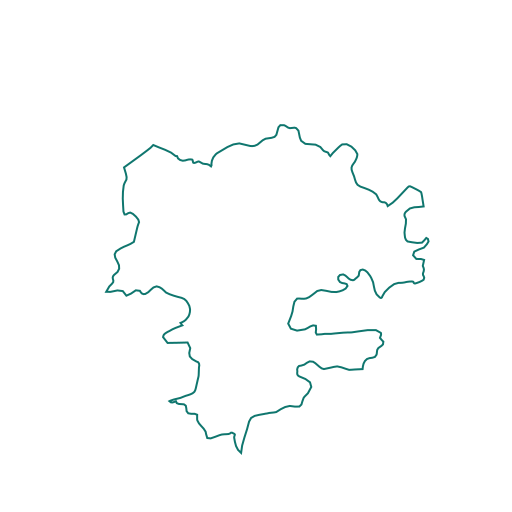 the State of Hidalgo, rotated 46°
{"feature_id": "MEX-2730", "entity_name": "Hidalgo", "entity_type": "State", "adm_level": 1, "iso_a3": "MEX", "parent_name": "Mexico", "parent_adm1": "", "projection": "mercator", "projection_center": [-98.728, 20.492], "detail": "fine", "context": "isolated", "style": "outline", "palette": "teal", "viewbox_px": 512, "rotation_deg": 46, "n_neighbors": 0, "source": "natural_earth", "source_scale": "10m", "svg_char_len": 6155}
<svg xmlns="http://www.w3.org/2000/svg" viewBox="0 0 512 512"><g transform="rotate(46 256 256)"><path d="M235.8,133.2L235.3,129.2L235.2,121.2L235.3,118.8L235.6,116.5L238.6,113.1L243.6,111.4L248.9,111.2L253.1,112.3L254.1,113.4L254.9,114.6L255.6,115.9L256.1,117.2L256.9,119.4L257.3,121.7L257.8,124.0L258.8,125.9L260.4,127.3L262.6,128.4L264.8,129.3L266.8,130.1L269.8,131.7L272.6,133.0L275.4,133.5L278.6,132.7L282.6,130.7L286.7,128.8L290.8,127.4L295.2,126.7L297.7,127.4L300.3,128.3L301.6,128.6L302.9,128.6L304.2,128.2L305.4,127.5L306.7,126.2L308.2,125.7L309.8,125.8L311.6,126.6L312.6,120.6L312.7,114.3L312.4,107.9L312.0,99.3L312.1,97.8L312.8,96.8L314.7,96.0L319.6,94.3L322.1,93.5L324.6,92.9L325.6,93.3L328.4,95.1L331.2,97.1L336.8,101.0L333.8,104.9L330.9,108.3L328.7,112.3L328.3,117.4L328.5,118.7L328.9,119.8L329.6,120.7L330.5,121.4L333.8,122.6L336.8,125.7L339.6,129.6L342.3,132.9L344.3,134.5L346.3,136.0L348.5,136.9L350.8,136.9L354.4,134.3L358.7,130.9L361.7,127.3L361.6,123.8L361.3,121.0L363.2,120.5L365.4,121.8L366.2,124.8L366.6,129.4L364.4,134.4L362.8,139.1L364.6,142.5L369.5,142.7L372.8,139.4L375.6,137.8L379.0,142.9L381.0,143.7L382.4,144.6L383.5,146.0L384.5,148.0L385.6,149.0L387.0,149.4L388.5,150.1L389.5,151.9L389.2,153.6L388.3,156.4L387.1,159.1L386.2,160.8L385.4,161.2L384.6,161.1L383.9,160.8L383.3,161.0L382.4,161.8L381.3,163.0L380.2,164.4L379.2,165.8L378.2,167.5L377.0,169.2L375.7,170.7L374.3,172.2L372.2,176.1L371.3,182.1L371.4,188.4L372.7,193.0L373.2,194.1L373.2,194.9L372.7,195.5L371.7,195.8L367.4,195.9L363.5,194.6L359.9,192.4L356.2,190.0L354.1,189.2L352.0,188.4L349.8,187.8L347.5,187.5L345.1,187.2L342.3,187.5L339.9,188.6L338.7,190.7L339.2,192.8L340.4,194.3L341.5,195.8L341.6,198.1L341.4,200.2L341.4,201.8L340.8,203.1L338.7,204.5L336.6,205.0L334.3,205.1L332.1,205.3L329.8,206.1L328.0,208.8L328.2,211.4L330.1,213.2L333.1,213.7L335.3,212.8L337.3,211.3L339.2,210.3L341.1,211.0L341.7,214.1L340.9,217.4L339.4,220.6L337.7,223.3L334.2,226.7L329.8,229.7L325.8,232.7L323.7,236.3L323.4,239.5L323.0,243.0L322.5,246.4L321.4,249.4L320.1,251.2L318.5,252.8L316.7,254.4L315.2,256.0L315.6,260.1L318.2,264.2L321.3,268.3L323.6,272.4L327.0,279.8L332.5,281.4L338.2,278.3L342.8,271.7L343.7,268.8L344.4,265.8L345.6,263.1L347.8,261.4L350.5,263.7L352.6,266.2L354.8,266.8L357.8,263.3L359.8,260.6L364.3,255.9L366.3,253.3L371.6,246.7L374.4,243.5L377.3,240.4L381.3,234.8L386.8,227.3L392.7,221.2L398.0,219.6L398.5,219.8L398.9,220.2L399.3,220.5L399.7,221.0L401.0,223.7L403.5,223.9L406.1,223.9L407.8,226.1L407.8,228.1L407.5,230.0L407.2,231.9L407.7,233.9L408.4,234.9L410.0,236.8L410.7,237.8L411.2,240.6L410.0,243.0L408.3,245.3L407.2,247.7L407.2,250.6L408.1,253.3L409.6,255.7L411.4,257.9L406.4,263.6L404.5,265.9L402.6,268.1L399.3,269.9L395.4,271.9L391.8,274.3L389.8,277.1L388.5,279.3L384.5,285.7L382.5,286.8L379.8,287.3L374.3,287.8L373.0,288.1L371.7,288.4L369.1,290.6L368.2,293.5L367.7,296.7L366.2,299.7L365.0,301.4L365.1,303.3L366.1,305.1L367.8,306.5L368.8,307.7L370.0,308.6L371.3,308.8L372.7,308.5L378.8,305.9L384.4,304.9L388.6,307.2L390.8,314.0L390.9,318.7L391.1,320.2L392.7,323.5L394.4,326.5L394.4,329.4L391.4,332.6L387.3,335.9L384.9,339.9L383.4,344.6L382.3,349.9L381.0,351.8L378.1,355.5L376.9,357.5L376.0,358.7L375.2,360.0L372.5,364.0L370.1,368.0L369.1,372.0L370.3,376.0L374.4,382.8L378.5,390.4L382.7,397.6L387.3,403.5L383.0,403.6L378.9,402.4L375.1,400.3L371.5,397.9L370.8,397.1L370.3,396.1L369.8,395.3L369.0,395.1L366.4,396.0L365.7,396.8L365.7,397.7L365.0,399.4L363.5,401.2L362.0,402.9L360.6,404.7L359.5,406.8L357.7,411.0L355.7,415.3L353.1,417.5L349.6,415.7L347.4,414.3L343.9,413.6L340.3,413.5L336.8,413.3L333.5,412.4L332.6,411.8L329.3,408.6L326.8,409.8L324.4,412.3L322.1,414.0L319.4,413.7L317.1,411.9L314.9,410.5L312.6,410.9L308.8,414.3L306.8,415.2L304.9,414.5L304.1,416.4L303.3,417.9L302.1,418.9L300.3,419.1L300.6,418.1L302.1,414.9L305.6,408.9L306.9,405.7L307.8,403.6L309.0,401.3L310.0,399.1L310.7,397.0L310.9,394.8L310.4,393.1L309.4,391.3L304.5,383.8L303.8,382.7L303.1,381.6L302.4,380.6L301.6,379.7L296.5,374.4L295.3,372.8L293.8,371.7L292.2,371.4L290.4,372.2L285.8,373.5L282.3,373.4L279.4,371.4L276.6,367.3L270.7,365.3L264.2,372.4L257.1,380.0L249.8,379.2L249.1,378.1L248.6,376.9L248.6,375.3L248.9,373.6L249.3,372.0L249.8,370.5L250.7,367.0L251.9,363.7L254.7,357.2L254.0,357.2L252.5,356.9L251.7,356.8L252.4,354.9L252.9,353.0L253.1,351.0L252.9,349.0L252.6,346.6L251.7,344.5L250.4,342.5L248.8,340.7L248.0,340.1L247.2,339.6L245.5,338.6L242.7,337.8L239.9,337.3L237.1,337.5L234.4,338.6L231.0,340.7L227.3,342.8L223.5,344.7L219.8,346.1L216.9,346.2L214.1,346.4L211.4,347.1L208.8,348.6L207.4,351.6L207.2,355.1L207.2,358.6L206.4,362.0L205.3,363.4L203.8,364.1L202.1,364.1L200.4,363.7L197.2,366.3L196.2,372.1L194.5,376.8L188.7,376.2L184.5,379.6L180.7,385.6L177.7,388.6L176.0,382.7L175.9,378.8L175.6,376.9L174.6,375.7L173.1,374.9L172.0,374.1L171.3,373.0L171.0,371.4L171.3,366.7L170.1,363.3L167.5,361.0L163.6,359.6L159.4,358.4L156.6,356.5L155.5,353.3L156.5,348.2L157.6,344.6L158.9,341.3L160.1,337.9L161.0,334.0L154.5,323.9L153.4,322.2L152.3,320.4L151.3,318.5L150.4,316.6L148.1,315.4L144.3,315.0L140.2,315.3L137.4,316.3L136.4,318.2L135.9,320.5L134.8,321.7L132.0,320.5L127.2,316.4L122.1,311.9L117.4,307.1L113.4,302.2L112.6,300.7L112.0,299.2L111.0,296.1L109.4,294.3L106.4,292.4L100.6,289.4L103.5,268.9L104.5,260.7L104.9,256.7L104.8,252.8L110.4,250.4L116.5,247.6L122.6,245.3L128.3,244.4L129.3,243.4L131.6,244.3L134.2,243.9L136.6,242.5L138.1,240.5L138.9,238.9L139.8,237.4L140.9,236.1L142.2,235.0L143.0,235.0L144.7,236.1L145.5,236.3L146.4,235.5L147.0,234.2L147.5,232.7L148.2,231.5L148.9,231.2L151.6,230.4L152.6,230.1L154.2,228.9L155.8,227.5L157.7,226.5L160.3,226.1L159.8,224.9L158.7,224.0L156.8,221.5L155.4,218.2L154.9,214.4L155.0,212.7L157.8,200.8L160.0,194.8L163.4,189.8L172.9,183.7L174.4,182.3L175.8,180.4L176.9,177.5L177.4,170.8L178.3,167.6L181.8,162.7L183.2,159.9L183.0,157.2L179.0,150.4L178.8,147.6L181.5,144.9L182.9,144.4L186.0,143.7L187.6,142.8L190.5,139.1L191.9,138.3L195.3,138.4L201.3,142.2L204.5,143.5L209.6,142.6L217.3,135.8L222.3,134.0L226.4,134.3L227.8,134.2L229.2,133.6L230.4,132.9L231.7,132.4L234.1,133.1L235.8,133.2Z" fill="none" stroke="#0f766e" stroke-width="2"/></g></svg>